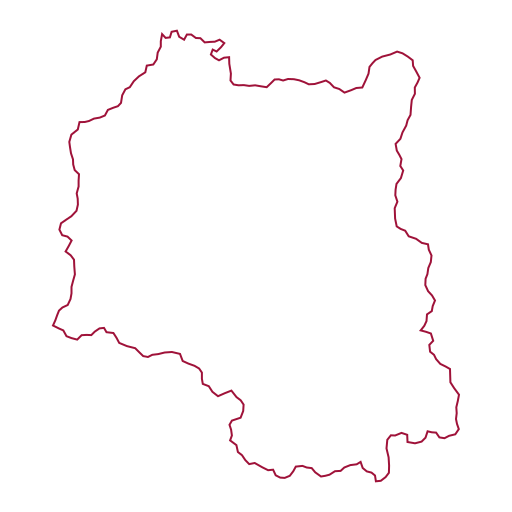 Jequeri, Minas Gerais, Brazil (Robinson projection)
{"feature_id": "56859067B7862163719601", "entity_name": "Jequeri", "entity_type": "district", "adm_level": 2, "iso_a3": "BRA", "parent_name": "Brazil", "parent_adm1": "Minas Gerais", "projection": "robinson", "projection_center": [-42.617, -20.475], "detail": "fine", "context": "isolated", "style": "outline", "palette": "rose", "viewbox_px": 512, "rotation_deg": 0, "n_neighbors": 0, "source": "geoboundaries", "source_scale": "gbopen_adm2", "svg_char_len": 3542}
<svg xmlns="http://www.w3.org/2000/svg" viewBox="0 0 512 512"><path d="M375.5,60.0L372.5,63.2L369.5,66.9L368.5,73.7L365.8,80.0L362.3,87.5L356.3,88.0L351.1,90.2L344.5,92.6L339.3,89.0L334.0,87.3L329.8,82.9L325.9,80.5L321.0,82.1L314.7,84.0L308.8,84.3L304.4,82.2L299.2,80.3L293.9,79.2L288.0,79.0L283.1,80.5L278.9,79.3L274.6,79.5L271.2,82.9L266.7,87.2L260.9,86.3L255.1,85.3L249.2,85.9L243.8,85.1L238.6,85.3L233.6,84.5L230.5,80.5L230.9,73.6L229.3,63.8L229.1,57.2L224.0,57.7L219.0,60.3L215.0,58.1L210.9,54.5L212.7,49.6L216.6,51.5L221.0,47.2L224.3,43.1L219.6,39.7L214.8,41.7L210.4,41.9L204.7,42.4L200.4,38.2L195.9,38.0L191.2,34.5L186.9,34.5L184.1,39.7L179.2,36.8L176.9,30.7L171.6,31.8L169.9,37.4L165.6,37.9L162.1,34.1L160.8,41.2L160.8,46.7L157.7,52.6L156.8,59.3L153.3,64.5L146.8,65.6L145.3,72.3L139.0,76.3L133.8,81.2L129.8,87.2L125.4,89.3L122.2,95.3L121.0,102.9L117.9,106.2L113.4,107.7L107.9,109.9L104.9,115.5L99.8,117.6L94.0,118.6L89.0,121.0L84.8,122.0L79.5,122.1L77.8,129.5L71.4,134.6L69.3,141.9L70.0,147.1L71.0,153.3L73.0,159.4L73.2,164.5L74.7,170.1L79.0,174.2L78.6,180.7L78.6,186.5L76.7,193.4L77.7,198.7L77.9,204.6L76.5,210.8L71.4,216.2L65.9,219.9L61.0,223.3L59.4,229.6L62.2,235.2L67.5,236.6L71.6,240.5L68.9,245.7L65.6,251.5L70.7,255.3L74.0,259.7L74.3,266.7L74.9,274.4L73.1,280.8L71.5,286.9L71.5,293.4L70.5,299.0L67.7,305.0L62.4,307.5L59.0,310.6L57.2,315.1L55.3,320.4L53.0,325.5L59.0,328.5L63.3,330.4L66.5,336.2L71.5,338.1L77.2,339.6L81.6,335.2L86.5,334.9L91.3,335.1L94.8,331.6L99.5,328.4L104.0,327.9L106.5,332.2L113.4,333.0L116.5,337.8L119.2,342.9L126.9,346.1L135.2,348.2L139.5,352.5L143.2,356.1L147.9,357.0L152.3,354.8L158.2,354.1L164.7,352.5L171.9,352.0L180.0,353.9L182.7,361.0L188.4,363.6L194.5,365.8L199.1,368.5L201.9,372.6L201.9,378.8L202.8,383.9L208.8,386.2L212.4,391.8L218.0,396.2L224.8,393.2L231.4,390.6L236.5,397.1L240.7,400.3L243.6,404.6L243.2,411.0L240.6,417.7L231.9,420.6L229.5,424.8L231.1,429.7L231.9,435.5L230.1,440.4L236.4,445.1L237.9,452.0L242.0,455.2L245.3,460.1L249.2,464.1L254.7,463.0L262.3,467.3L268.1,470.2L273.1,469.7L275.7,475.3L280.2,477.6L284.7,477.9L289.8,475.8L293.3,471.2L295.8,466.6L302.5,465.9L306.7,467.5L311.7,468.1L315.2,472.3L321.0,476.5L325.3,475.8L329.5,474.7L335.0,471.2L340.6,470.9L344.3,467.5L350.3,465.1L356.7,464.3L360.6,461.9L362.7,468.0L366.8,471.4L371.5,472.6L375.0,475.5L375.9,481.3L380.8,480.8L385.6,477.1L388.9,472.8L389.1,465.6L388.6,457.3L386.5,448.4L387.3,439.8L390.9,435.3L395.1,435.5L401.5,432.9L407.2,434.8L407.5,442.0L415.0,443.3L421.6,441.6L425.5,437.7L427.6,431.3L431.8,432.3L436.1,432.6L439.4,437.4L444.5,438.2L449.1,435.8L455.3,434.3L458.8,429.1L457.0,423.9L456.0,419.0L456.7,413.2L456.3,407.3L457.8,401.0L459.0,394.7L454.2,388.2L450.4,382.3L450.2,375.9L450.0,369.0L445.6,366.5L440.3,363.9L436.1,359.1L434.0,354.8L430.1,351.7L429.3,344.9L433.2,340.8L430.9,333.5L426.0,331.8L420.7,330.4L424.3,325.8L426.5,321.1L427.0,314.4L431.8,311.1L432.7,306.1L435.0,300.5L432.0,295.4L428.1,291.2L425.3,285.1L425.6,278.7L427.4,274.2L428.3,268.0L430.8,262.1L431.5,255.5L428.8,249.7L428.0,244.3L421.8,242.9L416.1,238.8L408.7,236.3L405.2,230.7L400.6,228.9L396.7,226.4L395.1,218.5L394.7,208.2L397.4,201.7L395.3,195.3L395.6,189.5L396.5,183.9L400.9,178.1L403.2,170.5L400.3,166.0L401.5,159.1L399.3,154.8L396.8,150.6L395.6,143.9L400.4,138.8L402.5,132.4L406.2,125.6L407.6,120.2L410.5,114.9L411.1,106.7L411.8,99.9L414.9,93.8L414.8,87.5L417.5,82.6L419.6,77.8L416.4,71.8L413.1,65.9L412.7,60.3L407.8,56.6L402.5,53.3L397.1,51.6L390.3,54.5L382.2,56.6L375.5,60.0Z" fill="none" stroke="#9f1239" stroke-width="2"/></svg>